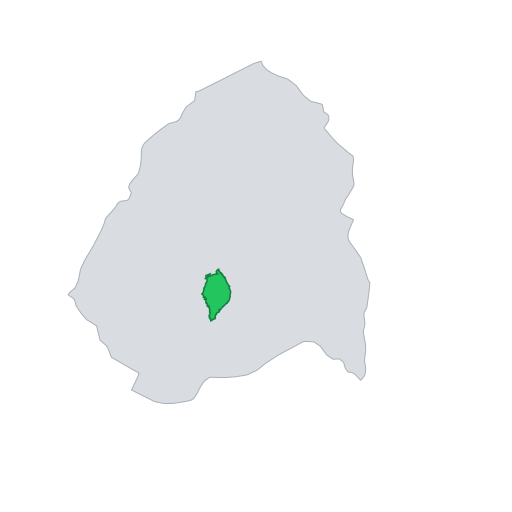 Sanyati, Mashonaland West, Zimbabwe shown in context, rotated 207°
{"feature_id": "62879985B67434637878842", "entity_name": "Sanyati", "entity_type": "district", "adm_level": 2, "iso_a3": "ZWE", "parent_name": "Zimbabwe", "parent_adm1": "Mashonaland West", "projection": "equal_earth", "projection_center": [29.641, -17.974], "detail": "fine", "context": "in_parent", "style": "filled", "palette": "green", "viewbox_px": 512, "rotation_deg": 207, "n_neighbors": 0, "source": "geoboundaries", "source_scale": "gbopen_adm2", "svg_char_len": 6987}
<svg xmlns="http://www.w3.org/2000/svg" viewBox="0 0 512 512"><g transform="rotate(207 256 256)"><path d="M339.9,431.9L336.4,428.9L331.7,427.0L325.6,426.2L317.8,426.5L308.1,428.1L297.8,426.2L286.7,420.7L277.6,418.7L266.6,421.1L266.1,421.2L264.2,419.3L261.2,415.3L256.2,414.6L254.8,413.6L253.7,412.1L253.0,410.2L252.7,408.1L253.5,401.5L253.1,400.7L251.7,399.9L249.0,399.1L242.4,396.1L234.1,393.2L220.6,390.0L215.3,389.2L214.1,388.2L212.6,385.7L210.0,378.1L207.5,373.1L201.7,365.3L200.7,362.9L201.0,356.7L201.4,351.7L202.0,347.5L201.7,343.5L201.6,338.6L201.8,335.3L201.0,333.8L198.9,332.8L192.9,332.4L185.6,332.6L185.3,327.6L184.6,319.8L183.2,315.3L181.5,313.0L178.2,310.6L171.4,307.2L162.1,302.2L154.2,294.7L145.1,285.4L142.3,283.8L138.9,275.0L133.7,260.0L134.0,255.0L133.2,252.6L128.2,245.2L127.1,241.4L126.2,237.5L118.2,226.7L115.5,222.0L113.4,215.9L111.3,211.0L109.6,209.1L107.3,205.8L105.7,202.0L105.0,199.2L105.5,195.4L106.3,192.8L113.8,195.5L117.9,195.8L121.1,194.4L125.1,196.2L129.8,201.1L135.0,202.1L140.6,199.0L148.1,199.9L157.6,204.8L165.5,205.8L174.8,201.5L183.1,189.4L191.0,178.1L198.6,165.0L203.3,154.5L210.1,145.9L219.1,139.3L228.3,133.7L242.4,126.8L245.2,121.1L246.1,114.9L246.1,106.3L246.8,100.8L248.3,98.2L250.6,96.2L253.6,93.7L262.9,87.1L270.7,82.9L280.2,80.2L290.5,80.2L300.5,80.1L306.2,80.1L306.3,88.4L306.7,97.7L307.8,98.6L315.4,98.8L327.4,99.5L339.0,100.1L346.4,106.9L348.9,108.3L356.6,110.1L366.4,121.4L378.3,122.4L386.4,125.9L393.5,129.8L397.6,134.4L400.3,135.5L403.9,135.8L405.7,136.2L405.3,139.6L402.8,145.2L403.1,153.3L406.3,164.5L406.7,174.2L405.6,191.4L405.5,208.0L405.8,213.9L406.3,217.8L407.0,219.9L406.9,222.4L404.9,229.3L403.2,236.7L403.2,239.6L402.5,241.6L401.4,243.5L396.2,246.8L395.3,248.9L395.3,252.7L395.9,255.9L397.8,257.0L400.2,258.8L401.1,261.2L401.1,263.7L400.3,268.3L398.2,276.0L400.2,284.8L402.4,290.5L405.6,297.1L406.9,301.2L406.8,304.1L406.3,307.0L401.4,319.0L397.9,326.5L393.7,334.5L388.1,339.5L386.7,342.0L386.1,344.7L386.3,350.7L386.0,357.0L381.2,366.6L384.1,374.9L383.4,375.7L381.8,376.9L375.0,386.2L368.0,395.6L363.0,402.5L357.3,410.3L350.8,419.1L345.3,426.6L339.9,431.9Z" fill="#d9dde1" stroke="#a8b0b8" stroke-width="1"/><path d="M286.9,197.5L286.4,197.3L286.2,197.4L286.1,197.5L285.6,197.5L284.9,196.7L284.6,196.7L284.4,196.5L284.2,196.3L284.2,196.1L284.3,195.9L284.2,195.7L284.1,195.3L283.7,195.6L283.4,196.1L282.9,196.2L282.7,196.3L282.4,196.2L282.4,195.7L282.5,195.4L282.5,195.2L282.4,195.1L282.3,194.9L282.3,194.7L282.5,194.1L282.4,194.0L282.2,194.2L281.9,194.2L281.6,194.0L281.4,194.1L281.2,194.9L281.0,195.2L280.5,194.6L280.5,193.7L280.2,192.9L280.1,192.7L279.8,192.5L279.7,192.3L279.7,191.9L279.2,191.6L279.0,191.3L278.9,191.3L278.7,191.7L278.6,191.8L278.2,191.7L277.9,191.5L277.8,191.2L277.7,190.8L277.4,190.6L277.5,190.5L277.2,190.0L277.1,189.7L277.0,189.4L276.7,189.3L276.3,189.3L276.3,189.1L276.2,189.0L275.9,189.1L275.8,189.7L275.5,190.2L275.4,190.3L275.1,190.0L275.1,189.6L274.7,189.4L274.6,189.2L274.6,188.9L274.5,188.6L274.4,188.5L274.0,188.2L273.5,188.3L273.4,188.2L273.3,187.9L273.1,187.7L273.0,187.4L273.0,186.9L272.8,186.6L272.7,186.5L272.3,186.5L272.1,186.4L272.0,186.2L272.2,185.7L272.1,185.3L272.0,185.2L271.9,184.9L271.2,184.8L271.1,184.7L271.0,184.2L270.7,183.8L270.6,183.4L270.8,183.1L270.7,182.6L270.7,182.4L270.9,182.1L270.7,181.5L270.4,181.0L270.2,180.8L269.9,180.7L269.6,180.7L269.3,180.6L269.4,180.3L269.6,180.1L269.4,179.8L269.4,179.7L269.2,179.7L269.0,179.9L268.7,179.9L268.5,179.5L268.5,179.4L268.3,179.2L268.2,179.4L267.8,179.1L267.6,179.2L267.4,179.1L267.5,178.9L267.3,178.6L267.2,178.2L267.0,177.9L266.9,177.7L266.7,177.9L266.5,178.2L266.1,178.4L266.1,178.6L266.2,178.9L266.1,179.2L265.2,180.2L264.7,181.0L264.4,181.1L264.1,181.4L264.0,181.5L264.0,181.9L264.2,182.7L264.3,182.8L264.5,182.7L264.8,183.0L264.9,183.3L265.2,183.6L265.0,184.1L265.1,184.8L265.0,185.1L265.2,185.3L265.3,185.4L265.3,185.6L265.2,185.8L264.8,186.1L264.9,186.7L264.9,186.9L265.2,187.2L265.2,187.4L264.8,188.2L264.5,188.3L264.4,188.3L263.7,188.8L263.6,189.0L263.7,189.6L263.4,190.0L263.5,190.5L263.7,190.8L263.9,190.8L264.2,190.7L264.3,190.7L264.5,190.8L264.6,191.1L264.5,191.4L264.3,191.7L264.2,191.8L263.5,192.0L263.4,192.1L263.1,192.5L263.1,193.0L262.8,195.3L262.7,195.5L262.2,195.9L262.2,196.0L262.1,196.3L262.2,196.7L262.0,197.1L261.9,197.3L261.8,197.7L261.5,198.0L261.4,198.4L261.4,198.6L261.3,198.9L261.0,199.9L260.8,200.4L260.3,201.0L260.7,201.4L260.7,201.5L260.4,201.8L260.1,202.1L260.1,202.4L260.1,202.6L260.2,203.2L259.9,203.5L259.8,204.0L259.7,204.4L259.8,204.7L260.1,205.2L260.1,205.7L260.2,206.4L260.5,207.2L260.5,207.5L260.6,207.8L260.6,208.2L260.7,208.4L261.0,208.5L261.3,208.8L261.3,209.3L261.6,209.8L261.6,210.0L261.5,210.3L261.9,211.3L262.0,211.5L262.2,212.0L262.3,212.2L262.3,212.4L262.4,212.7L262.4,212.8L262.5,212.9L262.9,213.1L263.1,213.4L263.2,213.5L263.6,213.8L264.2,214.6L264.5,214.8L265.0,214.9L265.3,215.0L265.3,215.4L265.6,216.1L265.7,217.1L265.8,217.2L266.0,217.3L266.4,217.2L266.8,217.0L267.1,217.0L267.6,217.5L267.8,217.7L268.3,218.2L268.4,218.4L268.5,218.5L269.0,218.5L269.5,219.0L269.9,219.2L270.1,219.2L270.5,219.6L270.8,219.7L271.2,220.3L272.5,221.2L272.7,221.5L272.9,222.0L273.1,222.2L273.3,222.2L273.5,222.3L273.9,222.1L274.0,222.2L274.2,222.4L274.2,222.9L274.4,222.9L274.6,223.1L274.8,223.0L275.0,223.0L275.1,222.8L275.4,222.8L275.5,222.8L275.8,223.0L276.1,223.0L276.3,223.1L276.5,223.2L276.6,223.4L276.6,223.5L276.7,223.8L276.8,223.9L276.9,223.6L277.3,223.6L277.5,223.7L277.6,224.2L278.1,224.2L278.2,224.3L278.3,224.3L278.3,224.6L278.6,224.8L278.6,224.6L279.3,224.6L279.4,224.9L279.5,224.9L279.5,225.0L279.8,225.1L280.0,225.0L280.0,224.9L280.3,225.0L280.5,225.1L281.4,225.4L281.5,225.5L281.3,225.7L281.4,225.8L281.5,225.9L281.7,225.7L281.8,225.7L282.0,226.1L282.3,226.1L282.4,226.3L282.5,226.5L282.9,226.3L283.0,226.4L283.4,226.6L283.5,226.7L283.5,226.8L283.6,226.7L284.0,226.5L284.1,225.9L284.2,225.5L284.2,225.3L284.2,224.1L284.3,223.8L282.1,222.4L282.4,222.2L282.5,222.2L282.9,222.0L283.0,222.0L283.1,221.9L283.3,221.9L283.5,221.9L283.6,221.7L284.3,221.1L286.1,219.6L287.0,218.3L287.6,217.5L288.9,218.9L288.9,219.1L290.0,217.9L288.8,216.2L289.4,215.4L290.6,217.1L291.7,215.9L290.5,213.9L291.0,213.4L290.9,212.9L290.7,213.0L289.4,213.3L289.2,213.3L289.0,213.0L288.8,212.4L288.6,212.3L288.5,211.9L288.2,211.5L288.2,211.3L288.1,211.1L288.1,210.7L288.2,210.4L288.1,210.2L288.2,209.9L288.1,209.7L288.4,209.1L288.3,208.9L288.3,208.5L288.2,208.2L288.1,207.7L288.0,207.4L287.9,207.3L287.9,207.1L287.7,207.0L287.8,206.7L287.7,206.6L287.5,206.2L287.6,205.9L287.6,205.7L287.6,205.3L287.6,205.1L287.5,204.8L287.8,204.4L287.9,203.9L287.6,203.6L287.4,203.5L287.4,203.3L287.5,203.0L287.4,203.0L287.3,202.9L287.2,202.8L287.0,201.4L286.9,201.2L286.7,201.0L286.6,200.8L286.6,200.5L286.7,200.4L286.7,200.0L286.6,199.6L286.7,199.3L286.6,199.1L286.7,198.9L286.5,198.5L286.5,198.4L286.7,198.1L286.8,198.1L287.0,197.8L286.9,197.7L286.9,197.5Z" fill="#22c55e" stroke="#15803d" stroke-width="1.5"/></g></svg>